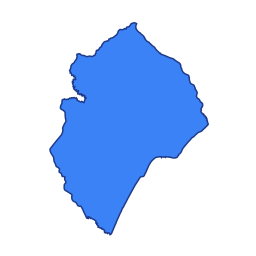 Uato-Lari, Viqueque, East Timor, rotated 353°
{"feature_id": "22284137B41938791268987", "entity_name": "Uato-Lari", "entity_type": "district", "adm_level": 2, "iso_a3": "TLS", "parent_name": "East Timor", "parent_adm1": "Viqueque", "projection": "robinson", "projection_center": [126.552, -8.764], "detail": "fine", "context": "isolated", "style": "filled", "palette": "blue", "viewbox_px": 256, "rotation_deg": 353, "n_neighbors": 0, "source": "geoboundaries", "source_scale": "gbopen_adm2", "svg_char_len": 5665}
<svg xmlns="http://www.w3.org/2000/svg" viewBox="0 0 256 256"><g transform="rotate(353 128 128)"><path d="M149.3,25.6L148.4,24.8L148.0,24.6L146.3,24.3L145.2,24.5L143.7,25.0L142.8,26.2L141.6,27.4L140.1,27.7L139.3,27.7L138.7,28.1L138.4,29.4L138.0,29.5L136.7,28.9L135.4,29.6L134.6,29.8L132.2,29.3L131.6,29.4L130.1,30.7L129.3,32.6L128.0,34.1L124.4,36.3L122.5,36.8L122.0,36.7L121.1,37.3L120.2,37.3L119.8,37.6L119.3,38.9L118.3,39.1L117.4,39.1L116.9,39.3L115.7,39.4L114.4,40.0L112.1,42.5L111.6,43.9L110.0,44.7L108.0,47.1L107.5,47.2L107.1,47.0L106.7,47.0L106.0,47.4L105.4,49.4L104.7,50.4L104.3,51.5L102.9,51.9L102.4,52.4L100.8,52.7L100.0,52.3L98.3,51.9L97.6,52.1L95.9,52.2L92.7,50.5L91.5,50.5L90.2,49.6L89.6,48.8L89.2,48.5L88.1,48.3L87.0,48.6L86.5,48.5L86.1,49.2L86.2,50.9L85.2,53.4L83.7,54.9L82.4,56.7L80.3,57.8L79.4,58.9L79.1,59.3L78.5,61.5L77.0,64.1L77.6,65.0L77.3,66.3L78.1,66.3L78.3,66.8L78.6,68.9L78.9,69.0L79.3,68.9L79.5,68.7L79.8,68.8L80.2,69.2L80.4,70.5L81.0,70.6L81.4,70.3L81.6,71.6L81.9,71.7L82.0,72.1L81.6,73.0L81.9,73.4L81.6,73.6L81.0,73.4L80.3,72.9L79.8,73.1L79.5,73.4L79.4,73.8L79.6,74.8L78.5,75.0L78.3,75.5L78.5,75.9L79.1,76.3L78.4,77.0L78.9,78.7L78.9,79.2L78.5,80.1L79.0,80.8L79.3,80.9L80.1,80.7L79.8,81.3L78.9,81.6L79.0,82.4L79.6,83.6L80.3,83.8L80.9,83.6L81.2,83.7L80.8,84.5L81.0,85.0L81.6,85.7L82.0,85.8L82.3,85.6L82.6,85.0L82.9,84.8L83.3,84.9L83.2,85.3L82.3,87.5L82.3,87.9L82.5,88.2L83.7,88.1L84.1,88.9L84.7,89.1L85.1,89.0L85.5,88.3L86.1,88.6L86.3,88.7L86.3,89.1L86.0,89.5L86.1,90.4L87.3,90.8L87.5,90.5L87.7,89.9L88.9,90.6L89.2,91.4L88.6,92.2L88.6,92.7L89.1,93.0L89.7,92.8L90.0,92.8L90.0,93.2L89.1,93.9L88.4,95.1L87.5,97.4L87.1,97.4L85.4,95.9L84.5,96.6L83.8,96.3L82.6,95.3L81.3,94.6L80.9,94.2L81.1,93.3L80.4,91.8L79.3,92.1L78.3,91.2L77.2,91.5L76.8,91.4L76.4,91.1L75.8,91.1L74.8,91.7L74.0,91.2L72.1,92.3L71.8,92.3L71.4,92.0L71.0,92.0L70.3,92.3L69.8,92.2L68.4,91.4L68.1,91.8L66.5,91.8L66.2,92.1L65.7,93.4L65.6,95.1L64.2,97.3L63.8,98.1L63.4,99.5L63.4,100.4L64.2,101.4L65.7,102.4L66.5,103.2L67.3,104.5L67.5,105.1L67.2,107.1L67.1,110.8L67.3,113.3L67.1,114.0L64.8,117.1L63.5,119.2L63.1,120.5L63.1,122.5L62.8,123.4L62.4,124.6L61.0,126.8L54.6,132.8L50.2,137.1L48.0,139.5L47.9,141.2L48.3,143.0L50.6,148.0L50.6,152.3L51.3,153.9L52.0,157.0L52.2,157.5L54.3,159.1L55.1,160.4L54.5,161.6L54.6,162.0L54.3,163.1L54.4,163.5L56.2,164.9L56.4,165.1L56.6,167.2L56.7,167.7L57.0,168.1L57.6,168.3L58.3,168.2L58.9,168.5L59.5,169.0L59.0,169.7L59.1,170.6L58.9,171.4L59.4,173.0L59.8,173.6L59.6,174.7L58.0,176.2L57.8,176.8L57.3,179.7L57.5,181.5L58.3,182.4L60.9,184.4L64.1,187.1L64.2,187.9L63.7,189.8L63.7,190.7L63.8,192.3L64.0,192.7L64.6,193.7L65.1,194.2L67.0,195.3L67.4,195.9L68.3,197.7L68.7,198.9L69.7,199.5L70.2,199.7L71.4,199.8L71.8,200.1L73.2,203.3L73.5,204.8L75.6,210.9L75.9,212.2L76.6,212.6L77.5,211.0L77.8,211.2L77.9,211.6L77.6,212.6L77.7,212.9L78.1,212.7L78.3,211.9L78.9,211.7L79.2,211.9L79.9,212.7L79.8,213.0L80.0,213.3L80.7,213.2L83.5,215.0L83.8,215.5L84.8,216.4L84.6,218.4L85.1,218.4L85.6,218.6L85.9,219.0L85.7,219.4L85.2,219.6L85.3,220.1L85.7,220.2L85.8,220.7L86.0,221.1L86.5,221.4L86.6,221.7L86.4,222.4L86.2,222.7L86.5,222.9L87.0,223.0L88.1,223.8L88.8,223.9L89.1,224.1L89.1,224.4L89.4,224.7L89.9,224.3L90.3,224.8L90.3,225.3L90.8,225.4L91.4,226.1L92.2,226.5L92.3,227.0L92.1,227.7L91.9,228.1L92.1,228.9L93.0,229.4L93.6,229.0L94.1,229.1L94.3,229.4L94.6,230.2L95.0,230.3L95.2,229.8L95.6,229.7L96.6,230.0L97.0,230.4L97.2,231.7L97.5,231.6L98.5,231.0L99.0,230.3L103.3,222.8L104.4,221.1L105.2,219.4L110.2,211.1L111.3,209.7L111.7,208.6L112.6,207.4L112.7,206.7L113.2,206.5L114.1,205.5L115.3,203.5L117.0,201.3L118.8,198.5L127.9,185.8L133.8,178.7L134.5,178.2L135.1,177.9L137.1,178.0L137.6,177.8L138.3,177.2L138.9,176.1L140.2,174.3L144.2,167.5L146.7,164.4L148.1,163.1L150.8,161.2L152.4,160.5L155.0,160.4L155.7,160.5L157.0,160.4L157.3,160.5L157.5,161.1L157.6,160.9L157.8,160.8L159.1,161.1L159.4,161.3L160.2,161.2L161.8,161.4L161.8,161.6L162.0,161.5L161.9,161.2L162.3,161.1L163.4,161.5L164.7,161.6L165.2,162.0L166.7,162.2L167.9,162.9L169.7,163.3L171.0,163.5L171.8,163.2L172.4,163.3L172.9,163.2L173.6,162.6L174.6,161.4L175.0,161.1L175.0,160.7L175.5,160.2L176.6,159.6L177.2,159.1L178.2,157.8L179.5,155.5L181.3,153.6L186.0,149.2L188.0,147.6L189.6,146.1L190.6,145.3L192.1,144.7L194.2,143.0L197.3,140.9L199.4,140.5L200.9,139.9L203.2,138.0L203.9,137.7L204.4,137.2L207.6,134.7L208.1,133.8L208.1,133.2L207.8,132.8L207.5,132.2L207.7,131.4L207.7,131.0L207.6,130.6L207.1,130.2L207.5,129.5L207.3,128.8L207.4,128.3L207.2,128.0L206.6,127.6L206.9,127.3L207.0,126.9L206.8,126.7L206.2,126.6L206.1,125.9L205.8,125.2L204.9,124.9L205.0,123.7L204.7,123.3L204.0,123.4L203.5,123.0L203.0,121.6L202.3,120.8L202.4,120.0L202.7,119.8L202.9,119.0L202.9,117.4L203.9,116.7L204.3,115.6L204.5,115.3L204.8,115.1L205.0,114.6L204.8,113.7L205.0,113.3L204.9,112.9L204.4,112.0L203.9,111.8L203.5,111.1L202.9,110.6L202.8,109.9L202.3,108.6L201.6,107.7L200.5,106.9L200.0,105.8L199.9,104.5L200.3,103.1L200.9,101.8L200.9,100.9L200.2,98.7L199.4,97.5L199.5,97.2L199.5,96.7L198.7,93.7L198.0,93.1L196.0,91.8L195.3,90.7L195.1,89.8L194.8,87.7L194.9,84.5L194.6,83.4L194.3,83.0L193.2,82.3L191.4,81.3L190.8,80.8L189.4,79.2L188.8,77.9L188.4,75.7L187.8,73.7L187.8,72.9L188.0,72.1L187.8,71.7L187.5,70.6L187.0,69.9L183.6,67.1L181.3,64.8L178.1,63.4L173.7,60.8L170.0,58.9L169.6,58.6L169.4,58.0L169.1,58.2L165.7,54.0L164.9,52.7L164.3,51.3L164.0,50.9L162.0,49.2L161.6,48.4L159.7,46.3L159.3,45.5L157.4,44.2L156.6,43.2L155.9,41.9L155.5,40.4L155.3,40.0L155.2,40.2L154.8,39.1L153.7,37.5L152.5,36.4L151.5,35.0L150.5,34.3L148.9,32.3L148.6,31.6L148.1,30.5L148.1,27.8L148.4,27.1L149.3,25.6Z" fill="#3b82f6" stroke="#1e3a8a" stroke-width="1.5"/></g></svg>